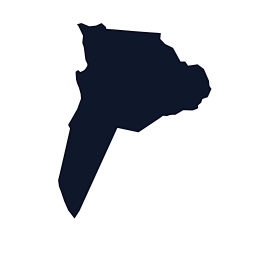 outline of Piti, Guam, rotated 283°
{"feature_id": "77769853B27536991093250", "entity_name": "Piti", "entity_type": "district", "adm_level": 2, "iso_a3": "GUM", "parent_name": "Guam", "parent_adm1": "", "projection": "albers", "projection_center": [144.681, 13.441], "detail": "fine", "context": "isolated", "style": "filled", "palette": "ink", "viewbox_px": 256, "rotation_deg": 283, "n_neighbors": 0, "source": "geoboundaries", "source_scale": "gbopen_adm2", "svg_char_len": 1081}
<svg xmlns="http://www.w3.org/2000/svg" viewBox="0 0 256 256"><g transform="rotate(283 128 128)"><path d="M204.9,181.5L201.3,172.3L204.8,168.6L203.7,164.0L215.5,153.5L217.5,144.9L221.6,138.7L227.0,138.0L226.6,135.4L224.3,120.8L223.4,114.8L220.4,93.9L218.9,84.3L219.9,83.7L221.0,83.1L223.4,78.7L219.9,74.2L217.6,67.5L219.0,59.1L217.4,56.3L217.2,56.6L216.9,57.1L208.0,64.2L201.0,65.0L196.9,67.5L185.3,71.8L182.7,73.8L181.4,74.8L179.0,75.1L175.1,73.6L173.0,71.9L170.9,69.0L172.3,66.5L170.8,65.1L164.0,67.1L160.5,68.9L156.7,71.7L150.8,74.9L146.0,76.4L138.6,75.4L134.9,75.0L117.7,69.8L115.6,71.7L114.7,72.4L113.8,72.4L85.0,72.5L74.3,72.5L65.2,72.5L62.4,72.4L61.6,72.4L60.5,72.8L56.0,74.5L50.9,77.9L42.6,83.0L34.7,88.9L34.5,89.2L32.8,91.3L29.0,95.9L36.7,98.7L126.5,117.0L126.9,138.9L146.3,157.1L147.3,157.9L148.2,158.3L148.6,159.5L149.2,163.2L150.6,165.3L151.4,167.5L152.2,170.8L158.5,177.5L160.4,186.9L163.2,191.0L166.0,190.3L169.5,192.9L173.4,193.2L176.5,198.1L184.6,199.7L187.0,197.2L191.9,195.6L201.9,188.2L204.9,181.5Z" fill="#0f172a" stroke="#020617" stroke-width="1.5"/></g></svg>